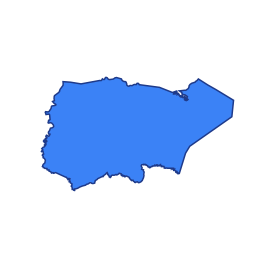 Kariba, Mashonaland West, Zimbabwe, rotated 34°
{"feature_id": "62879985B94385115404707", "entity_name": "Kariba", "entity_type": "district", "adm_level": 2, "iso_a3": "ZWE", "parent_name": "Zimbabwe", "parent_adm1": "Mashonaland West", "projection": "natural_earth1", "projection_center": [28.545, -16.89], "detail": "fine", "context": "isolated", "style": "filled", "palette": "blue", "viewbox_px": 256, "rotation_deg": 34, "n_neighbors": 0, "source": "geoboundaries", "source_scale": "gbopen_adm2", "svg_char_len": 5804}
<svg xmlns="http://www.w3.org/2000/svg" viewBox="0 0 256 256"><g transform="rotate(34 128 128)"><path d="M79.4,207.7L80.0,208.2L80.6,207.8L81.6,208.0L83.5,206.9L84.0,207.7L84.4,207.9L84.9,207.7L85.9,206.9L86.2,207.2L86.4,207.8L86.8,207.9L88.2,207.5L88.8,207.7L89.3,207.6L89.5,208.0L89.9,208.1L90.8,206.9L91.2,206.8L91.4,207.2L91.6,207.2L92.0,206.8L92.7,205.6L93.0,205.4L103.9,203.6L104.5,203.3L107.3,204.4L107.3,203.9L106.9,203.2L107.2,202.9L108.2,202.5L108.3,202.7L108.0,203.5L108.6,203.7L109.2,204.4L109.7,204.6L109.4,205.4L110.2,205.2L110.9,205.7L112.7,205.6L113.2,206.4L113.4,207.7L113.8,207.5L114.0,208.0L115.1,208.7L115.9,209.9L116.1,209.6L116.3,209.9L116.8,209.6L117.5,210.0L118.5,209.8L118.7,209.6L118.0,208.8L118.0,208.1L118.6,207.8L120.0,206.1L121.0,204.0L122.7,201.5L124.8,199.1L125.1,197.9L126.2,196.7L127.0,194.7L127.9,194.1L128.8,194.2L130.0,193.7L131.0,192.6L131.2,192.2L130.8,191.7L130.7,190.9L130.3,190.3L130.8,188.6L131.2,188.0L131.2,187.0L133.7,182.8L134.5,182.3L134.5,181.9L134.2,181.4L134.6,181.0L134.6,180.4L135.4,178.5L135.2,178.2L135.6,176.6L136.6,177.1L137.3,178.0L138.0,177.9L139.4,178.6L139.7,179.0L139.9,179.0L139.8,178.5L140.4,178.3L140.6,179.1L140.7,178.7L141.0,178.9L141.1,178.7L141.1,177.4L140.8,176.8L141.3,175.9L142.8,175.0L143.7,174.0L144.0,173.2L145.0,173.2L145.9,171.4L145.9,170.6L146.6,170.1L147.2,170.2L148.1,169.8L148.8,170.9L149.2,171.0L149.6,170.9L149.9,169.9L150.4,170.1L150.9,170.7L151.5,169.7L151.8,169.6L152.4,170.3L152.9,170.0L153.1,169.1L153.7,168.7L155.8,168.3L156.9,168.3L157.2,168.8L159.5,169.5L160.0,169.2L160.5,169.5L161.3,168.5L162.4,169.1L163.5,169.0L164.0,169.3L164.7,169.0L164.9,168.3L166.0,167.3L167.2,167.5L168.1,166.7L169.0,164.9L169.0,163.9L169.2,163.6L168.8,161.6L168.7,160.7L168.0,158.9L167.6,158.2L167.0,157.7L166.0,155.5L164.6,154.9L164.2,154.0L162.4,154.6L161.9,153.0L160.6,152.4L160.1,151.9L159.9,150.9L160.9,149.9L161.0,149.6L161.8,149.1L162.0,149.4L162.5,148.6L162.8,148.8L163.5,148.4L163.8,148.7L164.2,148.4L165.0,148.5L165.4,148.3L165.7,148.7L166.5,149.0L167.1,148.7L167.8,148.9L167.9,148.3L168.4,148.4L168.7,148.2L168.7,147.4L169.3,146.7L169.3,146.3L169.7,146.2L169.7,145.7L170.2,145.2L170.8,145.1L171.0,144.4L170.9,143.8L171.2,143.7L171.3,144.1L171.8,144.2L172.2,143.5L172.8,143.3L172.4,142.5L172.7,142.2L172.9,142.2L173.1,142.8L173.9,142.9L174.0,142.7L173.8,142.3L174.7,142.1L174.7,141.5L175.0,141.5L175.4,140.4L176.0,141.3L176.2,141.2L176.3,140.6L176.8,140.4L177.2,140.4L177.5,141.1L177.8,140.7L178.3,140.7L179.1,139.8L179.6,140.1L180.1,140.1L180.3,140.9L180.6,140.9L181.8,140.2L182.4,139.5L183.2,139.3L186.3,137.2L186.7,137.6L186.7,137.0L187.0,136.7L188.3,135.9L188.5,136.2L188.2,137.1L189.2,136.9L189.5,136.4L189.6,136.9L189.3,137.4L189.5,137.6L189.9,137.1L190.1,136.9L190.7,136.8L191.2,137.2L192.4,136.8L192.2,137.7L192.5,138.0L193.5,137.6L193.4,137.1L193.6,137.1L193.9,137.8L194.6,137.4L194.9,138.0L195.2,137.9L195.5,136.8L195.9,136.8L189.8,116.7L189.4,108.6L207.8,60.6L200.0,46.0L179.2,47.0L170.2,47.7L158.9,48.0L158.7,50.1L158.0,51.6L158.0,52.5L155.8,55.3L155.1,57.1L155.0,58.6L155.7,60.2L155.9,61.6L154.8,64.5L153.9,65.0L149.8,68.5L152.8,68.5L154.1,69.9L154.1,70.4L154.6,69.4L155.1,69.5L156.3,68.8L157.3,68.6L159.7,68.7L160.0,69.8L159.6,70.4L161.8,70.8L161.6,71.8L160.9,72.1L160.9,72.5L160.5,72.6L160.6,72.8L159.9,72.9L160.0,72.7L159.9,72.6L160.2,72.3L159.8,72.2L159.9,71.8L159.4,72.1L159.4,71.7L159.2,71.8L159.0,71.4L159.1,71.2L158.8,71.7L158.5,71.5L158.4,71.7L158.3,71.4L158.5,71.2L158.4,70.8L158.2,71.4L158.1,71.2L158.0,71.4L157.8,71.3L158.0,71.0L157.8,70.8L157.8,71.1L157.6,71.0L157.8,71.3L157.5,71.4L157.5,71.7L157.4,71.5L157.1,71.7L157.1,71.4L156.9,71.5L156.9,71.3L156.7,71.9L156.4,72.1L155.8,71.4L155.1,72.3L154.9,71.5L154.5,72.2L153.6,72.8L152.8,72.5L153.0,72.1L152.6,72.3L151.6,72.2L151.6,71.8L151.2,71.9L150.9,71.5L150.6,72.0L150.6,71.4L150.3,71.3L150.2,71.7L150.0,71.4L149.9,71.4L149.6,72.2L149.3,72.1L149.6,71.5L149.4,71.7L149.2,71.5L148.9,71.8L148.8,71.5L148.6,71.6L148.8,71.9L149.2,72.0L149.2,72.5L148.9,72.7L148.4,72.0L148.2,72.1L148.4,72.6L147.9,72.9L148.1,73.3L146.8,74.3L146.6,73.7L147.2,71.7L146.7,72.0L147.3,71.5L147.3,70.9L147.8,70.4L147.5,70.3L145.0,73.7L131.4,76.7L113.1,85.8L112.4,85.4L111.3,85.3L110.5,86.0L110.6,87.3L109.0,88.3L108.5,88.9L107.7,90.6L105.9,91.6L105.6,92.5L104.8,93.2L103.4,93.2L102.9,93.0L102.3,92.1L101.8,91.9L101.0,91.1L100.4,91.0L99.7,91.1L98.8,91.7L97.5,91.9L96.4,91.8L95.1,91.0L90.2,92.6L89.1,93.8L88.7,95.1L88.2,95.9L85.6,98.2L84.5,98.6L82.6,98.0L81.4,98.3L81.1,99.0L81.3,100.9L80.3,101.6L79.3,101.6L79.4,103.3L79.1,103.8L78.0,104.4L64.4,117.7L54.7,122.2L48.2,125.9L49.4,127.4L50.3,129.0L50.1,133.7L50.4,135.3L50.7,135.6L50.7,137.3L49.0,142.2L49.1,142.9L50.2,144.9L51.7,146.5L50.6,148.2L52.6,148.8L55.0,148.8L55.3,149.4L54.8,150.2L52.6,152.3L52.5,153.0L53.3,154.8L53.3,158.4L52.7,159.4L50.6,160.5L50.6,161.2L52.5,162.7L54.7,160.7L55.3,160.7L55.8,161.1L58.7,164.6L58.6,165.0L58.0,165.7L57.9,166.2L58.4,166.6L58.5,167.9L59.0,168.4L59.5,168.3L60.7,167.0L62.0,166.6L64.2,167.1L65.3,168.0L65.6,168.5L65.4,169.5L65.0,170.3L63.8,171.5L64.4,174.0L64.3,175.8L64.7,176.5L65.7,177.3L66.8,176.8L67.1,178.6L66.6,179.4L64.6,179.4L64.4,179.9L64.7,181.0L66.3,181.5L66.3,181.9L65.4,182.9L65.4,183.2L68.1,184.3L68.2,185.1L67.6,185.4L67.2,185.1L66.8,185.6L66.4,185.6L66.0,185.1L66.2,184.4L65.9,184.3L65.2,184.8L65.2,186.1L65.7,186.3L66.3,186.3L66.7,186.8L68.4,186.8L69.0,187.1L69.2,187.9L68.4,188.1L68.2,188.9L68.7,189.1L68.9,189.5L69.2,189.4L69.2,190.0L69.1,190.5L68.3,191.7L68.1,193.3L69.2,193.4L69.4,195.9L69.6,195.9L69.7,195.3L70.2,194.7L70.5,194.7L71.6,196.0L72.6,196.7L72.7,196.9L72.0,197.8L72.4,198.7L73.5,198.8L74.2,200.1L75.7,200.0L77.4,200.8L78.3,202.7L78.6,203.6L78.1,205.4L78.2,206.6L78.5,207.0L78.6,207.8L79.4,207.7Z" fill="#3b82f6" stroke="#1e3a8a" stroke-width="1.5"/></g></svg>